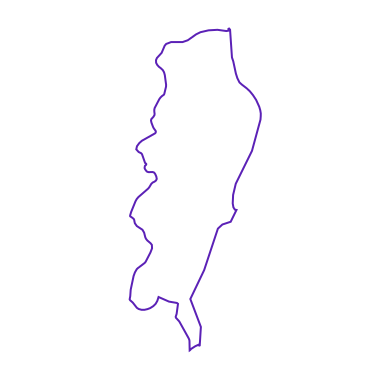 the State of Western Darfur, rotated 347°
{"feature_id": "SDN-5858", "entity_name": "Western Darfur", "entity_type": "State", "adm_level": 1, "iso_a3": "SDN", "parent_name": "Sudan", "parent_adm1": "", "projection": "robinson", "projection_center": [22.739, 13.89], "detail": "fine", "context": "isolated", "style": "outline", "palette": "violet", "viewbox_px": 384, "rotation_deg": 347, "n_neighbors": 0, "source": "natural_earth", "source_scale": "10m", "svg_char_len": 2191}
<svg xmlns="http://www.w3.org/2000/svg" viewBox="0 0 384 384"><g transform="rotate(347 192 192)"><path d="M263.7,43.0L264.5,40.5L264.5,40.4L265.6,42.4L261.2,69.9L261.6,74.0L261.4,86.4L261.8,91.3L262.9,95.9L264.7,98.5L268.4,103.0L271.0,106.8L273.2,111.3L275.2,116.7L276.7,124.1L276.9,127.7L276.7,130.9L276.0,133.7L275.0,136.9L259.7,165.4L236.5,193.8L231.4,204.1L229.1,212.3L228.9,216.3L229.8,218.8L231.3,219.5L223.0,229.7L214.3,230.5L209.0,233.5L186.3,270.8L166.3,295.9L170.3,325.5L165.3,342.3L165.0,341.9L164.3,343.1L163.4,342.4L160.5,343.0L155.8,344.7L155.0,345.3L154.6,345.6L154.1,345.8L156.0,336.7L156.1,335.7L156.0,334.7L155.8,333.7L150.5,315.3L148.1,311.0L148.0,310.0L149.6,307.3L153.2,297.8L152.3,296.7L144.9,293.6L135.8,286.8L133.7,290.3L131.4,292.8L128.6,294.5L125.2,295.7L122.3,296.1L119.3,296.1L116.3,295.4L113.7,294.0L112.2,292.4L109.4,286.4L107.4,283.6L107.1,282.7L107.3,282.1L108.4,279.6L110.3,273.4L116.2,260.7L118.3,257.5L120.8,254.8L122.1,254.0L129.9,250.5L131.1,249.6L137.8,241.7L140.4,237.9L141.0,234.5L140.1,232.6L137.5,229.1L136.6,227.1L136.3,225.5L136.2,220.8L135.2,217.6L130.6,212.8L129.3,209.6L129.3,207.7L129.4,206.4L129.2,205.2L128.0,203.6L126.3,201.8L126.4,201.0L128.2,197.8L134.1,189.4L134.8,188.4L136.5,186.5L138.6,184.9L150.1,178.8L151.5,177.7L154.2,174.9L155.9,173.9L157.8,173.5L159.5,172.7L160.6,171.3L160.7,168.9L160.2,166.2L159.5,164.6L158.2,163.7L154.2,162.9L152.9,162.2L152.1,161.0L151.4,159.2L151.2,158.2L151.3,157.6L151.9,156.2L152.2,155.8L153.2,155.3L153.6,154.9L153.7,154.3L153.4,153.8L153.0,153.4L152.8,152.9L151.8,144.0L151.2,142.8L149.0,141.0L147.3,137.9L148.7,135.0L151.6,132.5L154.7,130.8L169.3,126.5L170.0,125.9L170.4,124.7L170.2,124.0L169.1,121.4L168.7,119.9L168.1,115.4L168.1,113.2L168.7,111.9L171.4,110.0L172.8,108.5L173.2,107.1L173.3,105.6L173.7,103.5L174.5,101.8L181.0,94.2L182.5,92.9L184.1,91.9L186.6,90.8L187.1,90.1L190.4,83.5L190.9,81.6L191.8,72.0L191.7,69.2L191.0,66.7L189.4,64.3L187.9,62.5L186.7,60.3L186.1,58.0L186.6,55.4L188.0,53.5L193.7,49.6L198.3,43.3L200.2,41.9L202.0,41.7L205.4,41.2L216.5,43.8L222.0,43.2L231.5,39.3L236.2,38.2L244.5,38.2L253.3,39.7L261.7,42.9L263.7,43.0Z" fill="none" stroke="#5b21b6" stroke-width="2"/></g></svg>